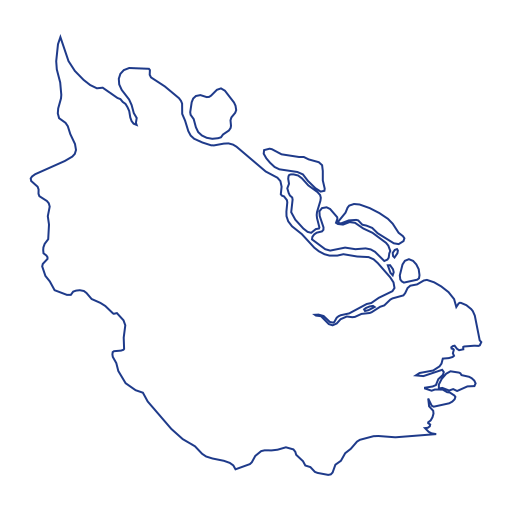 Riau, Mercator projection
{"feature_id": "IDN-492", "entity_name": "Riau", "entity_type": "Province", "adm_level": 1, "iso_a3": "IDN", "parent_name": "Indonesia", "parent_adm1": "", "projection": "mercator", "projection_center": [102.223, 0.735], "detail": "fine", "context": "isolated", "style": "outline", "palette": "blue", "viewbox_px": 512, "rotation_deg": 0, "n_neighbors": 0, "source": "natural_earth", "source_scale": "10m", "svg_char_len": 6040}
<svg xmlns="http://www.w3.org/2000/svg" viewBox="0 0 512 512"><path d="M60.4,37.1L68.5,61.1L74.9,71.0L83.6,79.9L90.1,85.0L96.9,88.3L102.7,87.7L117.5,98.0L120.4,99.1L122.7,101.9L125.5,103.9L127.5,107.2L129.2,111.0L130.3,117.5L131.6,121.1L133.6,123.7L136.6,124.9L135.9,122.9L136.7,118.0L133.8,113.1L131.6,105.0L129.1,99.5L121.7,89.9L119.2,84.4L118.8,78.7L120.4,73.8L123.8,70.1L129.2,68.0L148.9,68.8L149.9,70.1L149.7,74.8L151.0,77.4L164.8,86.4L179.0,98.2L181.0,100.9L182.1,103.6L182.2,113.9L185.1,120.7L188.3,131.1L190.7,135.6L194.2,138.8L202.4,142.5L211.1,145.3L214.0,145.4L223.9,143.6L228.5,143.4L233.0,144.6L236.5,146.7L265.7,171.5L277.4,177.7L280.4,181.1L281.6,186.7L280.8,194.3L282.0,195.7L284.0,196.4L286.9,200.1L287.3,202.3L286.4,211.6L286.5,216.2L288.2,221.3L292.0,226.3L301.8,234.1L314.3,247.7L318.9,251.3L324.4,254.2L329.5,255.6L337.3,255.6L343.4,254.2L357.1,256.5L368.6,257.1L373.6,259.3L377.8,263.1L390.2,277.3L393.5,282.4L394.5,288.0L392.4,291.2L378.8,297.8L371.3,303.0L366.7,304.0L349.2,313.4L340.8,315.2L338.6,316.2L336.7,317.7L334.3,322.0L333.1,322.6L329.9,322.0L323.6,316.0L318.5,314.6L314.9,314.8L316.0,315.6L321.0,316.2L328.8,324.1L332.6,325.3L336.7,323.5L340.6,319.2L346.8,316.5L352.3,317.2L354.9,316.9L361.5,313.9L369.7,313.0L371.7,312.2L380.1,306.8L384.3,305.4L390.3,299.6L392.5,298.4L403.4,295.4L405.2,293.1L407.6,288.0L410.3,285.7L417.1,284.4L423.8,280.5L426.9,279.9L434.1,282.3L441.2,286.4L448.5,292.1L454.1,299.1L456.3,307.0L458.6,303.5L459.7,302.8L461.0,302.9L466.4,305.2L471.2,309.1L472.8,311.1L474.8,315.6L479.7,340.3L481.3,342.1L479.8,345.3L478.6,345.9L474.4,345.7L464.1,346.5L463.2,347.0L463.3,349.3L459.1,350.2L457.0,348.8L454.6,345.7L452.8,346.1L451.3,347.3L451.6,348.6L453.2,349.0L453.8,349.8L452.9,353.3L454.0,355.8L452.6,357.0L448.8,358.1L442.8,358.6L441.5,363.6L439.5,366.4L433.2,370.5L419.6,373.0L415.9,375.4L423.4,376.1L442.2,369.8L443.8,372.1L442.9,374.9L438.3,379.2L435.9,385.1L432.6,386.5L425.0,387.7L425.0,388.5L431.6,390.7L435.0,389.5L442.7,389.6L447.2,392.2L449.8,392.5L454.4,395.5L455.4,396.9L454.6,399.3L452.3,401.6L449.2,403.3L433.7,406.7L431.7,405.7L428.2,398.5L429.1,406.3L433.2,410.8L433.5,413.6L432.5,417.2L430.7,420.4L428.2,422.3L428.2,423.2L430.2,424.5L429.8,426.3L427.8,427.8L425.0,428.1L428.6,431.8L431.5,433.3L436.2,434.1L395.4,437.3L378.4,436.0L373.5,436.2L359.9,439.8L357.0,441.6L350.8,448.8L345.2,453.2L340.9,460.8L335.4,464.7L332.6,472.5L330.8,474.4L328.2,474.9L317.5,472.9L314.9,471.9L310.4,467.1L305.3,465.5L303.0,461.2L296.2,454.8L295.3,451.8L293.4,449.4L285.9,447.3L277.6,449.7L271.6,450.4L264.7,450.3L261.2,451.1L255.3,455.9L251.8,462.3L249.9,464.1L235.5,469.3L233.3,465.4L229.8,462.9L223.9,460.8L212.5,458.5L206.1,456.5L202.1,453.8L195.0,446.3L182.7,439.1L171.3,428.9L147.7,401.5L142.9,392.7L135.6,390.2L125.6,383.2L118.3,371.0L116.3,363.1L112.8,356.9L112.4,354.4L112.7,352.1L114.0,351.2L121.0,350.6L123.4,349.8L124.1,348.9L123.7,337.6L125.3,325.3L123.5,320.3L116.9,313.1L113.8,313.8L113.0,313.4L105.3,306.0L100.4,302.9L91.6,299.0L86.5,293.0L83.9,291.0L79.8,290.2L76.1,290.6L73.2,291.6L70.8,294.9L67.0,294.9L54.6,290.2L49.8,281.4L45.4,275.9L42.2,266.4L42.8,263.9L47.5,258.9L47.5,257.2L46.4,255.5L43.5,253.3L43.2,250.0L43.4,247.4L44.7,243.8L48.2,239.2L49.0,224.6L47.8,216.2L49.7,206.6L48.8,203.3L46.9,201.0L39.4,196.2L38.5,193.8L38.6,189.5L37.6,186.7L31.2,181.0L30.7,178.5L32.0,176.5L35.2,174.2L64.8,161.0L72.3,156.6L74.8,153.9L76.0,150.0L75.0,144.0L70.3,134.1L67.8,126.2L65.5,122.8L59.1,118.2L57.8,113.4L58.2,108.4L61.0,98.4L61.3,94.9L60.2,82.5L56.8,69.4L56.2,61.2L58.0,44.2L60.4,37.1ZM388.3,245.6L390.3,251.0L389.3,253.3L388.7,257.7L387.4,259.6L384.3,261.0L375.0,251.8L370.7,249.4L365.6,248.4L355.4,249.2L345.1,247.6L330.2,250.6L325.2,249.2L312.0,239.4L312.4,236.8L314.2,234.4L316.7,232.7L322.0,231.4L323.4,229.8L323.5,227.4L319.7,216.0L319.4,211.3L322.0,208.1L326.6,207.3L330.1,209.0L337.2,217.2L337.4,218.8L336.0,222.8L337.9,224.0L343.0,224.6L349.6,222.1L355.0,222.8L363.3,228.5L372.5,232.8L386.0,242.8L388.3,245.6ZM224.9,90.7L234.0,102.5L235.5,105.7L236.2,110.1L235.2,112.8L231.4,117.4L230.5,120.3L231.0,125.8L230.6,128.0L228.9,130.5L223.0,134.5L221.0,137.3L218.1,138.2L212.3,138.8L206.7,137.8L201.9,135.5L198.2,132.1L195.9,127.3L193.7,119.1L190.6,114.8L190.2,112.2L191.7,102.2L193.2,98.5L195.9,96.0L200.4,95.1L206.7,97.1L209.1,96.9L211.0,95.7L216.9,89.8L221.0,88.4L224.9,90.7ZM320.1,195.0L320.8,197.8L320.4,200.8L317.0,212.1L316.7,215.0L317.0,218.0L319.4,227.5L319.0,228.5L315.8,229.1L311.2,232.8L307.6,231.9L303.3,228.5L295.3,219.7L291.2,212.2L292.6,199.6L292.2,197.5L289.9,195.5L288.7,193.1L287.3,188.3L289.0,183.8L288.2,178.8L288.5,176.2L289.3,174.9L290.9,174.4L293.6,174.4L298.1,175.5L301.9,178.3L308.3,185.4L317.4,192.0L320.1,195.0ZM322.8,180.4L324.7,188.6L324.4,190.8L320.7,191.6L315.4,188.2L307.9,180.9L302.9,174.4L297.4,172.0L279.3,169.3L274.6,167.0L270.0,162.7L266.3,158.3L263.7,153.7L264.1,150.1L269.6,148.7L271.9,149.2L281.5,154.3L299.0,157.0L303.8,157.0L308.7,159.4L318.8,162.2L322.1,165.2L322.8,171.0L322.8,180.4ZM398.6,232.8L403.0,236.2L404.4,238.3L403.5,241.1L398.7,244.1L393.8,243.3L377.6,233.2L372.2,227.9L366.4,225.6L362.3,224.7L358.2,220.4L356.2,219.9L348.8,220.4L341.0,223.4L338.5,223.0L338.3,221.5L345.5,212.7L347.6,207.6L349.2,205.6L354.0,204.0L359.6,204.5L369.7,208.1L379.4,213.1L387.9,218.8L392.7,223.7L398.6,232.8ZM469.1,376.8L471.7,378.2L474.3,380.6L475.6,383.4L474.4,386.1L467.4,386.4L457.1,391.0L453.2,389.1L449.1,390.5L442.3,387.9L438.9,388.5L438.8,384.6L441.7,378.9L446.2,373.7L450.5,371.3L459.0,372.6L460.4,373.3L461.5,375.1L469.1,376.8ZM418.7,269.2L419.5,275.2L419.0,278.3L417.2,279.7L403.9,282.6L401.8,281.4L400.3,279.5L399.8,275.4L402.5,264.5L404.9,260.8L408.9,259.2L413.1,260.9L416.3,264.4L418.7,269.2ZM393.0,269.3L393.7,272.2L392.7,275.3L390.4,272.7L387.8,265.3L390.1,265.2L393.0,269.3ZM397.0,249.1L397.9,250.6L397.4,253.3L394.5,257.5L393.1,256.1L392.7,252.9L394.8,249.9L397.0,249.1ZM364.1,309.4L365.9,308.0L369.5,306.5L373.0,305.9L374.6,307.0L368.4,310.2L365.0,311.0L364.1,309.4Z" fill="none" stroke="#1e3a8a" stroke-width="2"/></svg>